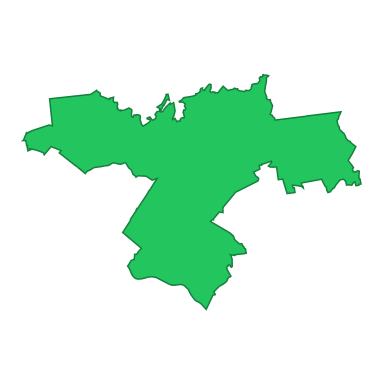 the district of Cenu pag., Ozolnieku, Latvia
{"feature_id": "27541924B81611305918956", "entity_name": "Cenu pag.", "entity_type": "district", "adm_level": 2, "iso_a3": "LVA", "parent_name": "Latvia", "parent_adm1": "Ozolnieku", "projection": "orthographic", "projection_center": [23.864, 56.687], "detail": "fine", "context": "isolated", "style": "filled", "palette": "green", "viewbox_px": 384, "rotation_deg": 0, "n_neighbors": 0, "source": "geoboundaries", "source_scale": "gbopen_adm2", "svg_char_len": 5927}
<svg xmlns="http://www.w3.org/2000/svg" viewBox="0 0 384 384"><path d="M130.5,219.2L130.7,220.1L122.7,232.5L141.4,248.3L137.6,252.6L137.6,253.1L136.5,254.3L134.6,254.3L134.5,257.2L134.1,259.0L134.2,259.4L131.2,260.4L130.1,262.1L129.4,263.5L127.6,266.2L128.8,267.7L129.9,269.8L131.6,274.1L132.8,276.0L134.7,277.9L135.9,278.6L137.6,279.0L138.9,279.1L142.5,278.7L148.1,277.1L151.6,276.7L156.0,277.4L168.6,283.9L171.9,285.2L175.4,285.1L180.8,284.4L183.9,285.3L188.1,289.2L191.1,295.0L194.8,299.9L196.6,301.2L199.4,302.6L201.4,304.1L206.2,309.4L213.0,295.0L214.8,294.9L215.2,294.3L214.5,292.9L213.7,292.0L219.1,286.4L223.1,284.2L223.3,283.8L224.3,283.4L225.4,282.5L226.8,281.1L227.8,278.7L227.6,278.6L228.1,277.8L229.1,277.2L230.1,276.9L230.9,276.3L227.4,269.9L226.6,267.1L228.3,265.7L228.2,265.1L229.5,264.9L230.2,265.3L230.2,266.2L231.3,267.2L232.2,266.6L232.1,259.1L231.1,255.6L230.5,254.8L234.7,255.5L234.8,254.9L235.2,254.9L235.2,254.7L243.9,253.7L246.2,253.3L246.3,253.0L245.4,249.8L245.7,249.3L245.4,248.8L244.1,247.9L243.9,247.4L243.9,246.8L243.8,246.6L242.4,245.5L242.4,244.7L242.1,244.0L241.2,243.6L240.3,243.9L239.4,243.8L235.8,240.7L234.5,239.3L234.1,238.5L234.2,237.9L233.1,235.9L232.1,235.0L232.3,235.0L230.2,233.1L210.3,221.4L212.4,219.7L212.7,219.6L213.5,219.9L213.6,219.0L214.0,218.3L219.3,212.0L223.0,212.6L222.9,207.6L235.5,192.3L257.9,181.0L258.7,178.8L258.0,177.5L256.0,176.3L253.6,172.1L259.9,169.1L259.2,165.4L260.2,165.5L261.8,165.0L261.8,164.1L262.5,164.2L271.4,161.2L271.6,162.4L268.4,166.0L268.8,166.1L269.4,166.7L270.1,167.0L273.7,167.2L275.3,166.9L276.6,167.1L278.3,179.7L282.7,179.1L287.1,193.6L295.0,192.5L294.3,187.8L292.9,187.9L292.5,185.2L297.9,185.7L301.8,186.6L303.3,188.0L302.9,186.2L301.8,185.5L301.4,183.0L321.8,179.2L321.9,179.9L322.6,181.3L323.1,182.7L323.6,183.3L324.9,185.9L326.4,187.5L326.8,190.3L328.0,192.6L330.3,191.8L330.3,191.7L333.2,188.2L334.0,188.2L336.1,184.7L339.9,180.1L343.5,179.1L345.7,181.4L346.5,185.1L349.3,184.9L351.3,185.2L352.3,184.8L352.5,183.9L354.2,182.0L355.0,181.8L355.8,185.6L356.0,185.7L358.8,185.3L359.2,184.3L361.0,184.0L360.0,178.9L359.1,178.8L359.0,175.6L358.9,175.6L359.3,171.2L357.7,170.7L355.3,172.0L353.3,171.7L352.4,169.1L353.5,167.6L352.7,166.3L348.2,160.5L348.5,159.9L352.2,153.8L355.9,146.6L351.3,143.1L349.9,141.2L347.9,140.8L347.5,139.8L346.1,138.5L345.5,136.5L343.9,133.4L342.9,132.6L339.7,129.5L339.5,128.8L339.1,126.5L338.2,125.6L337.4,122.8L337.1,120.6L338.3,118.9L338.7,117.5L338.8,116.0L339.5,115.2L341.0,111.8L307.5,115.9L305.6,116.3L275.0,120.1L274.5,118.0L272.8,116.5L272.2,115.2L270.1,114.5L271.1,111.9L272.6,105.7L270.7,101.9L270.3,99.6L268.8,99.9L266.5,98.9L266.7,96.9L264.7,91.9L265.4,86.3L266.3,82.0L266.5,79.2L266.3,77.5L267.9,76.6L268.6,75.8L266.6,75.1L264.1,75.2L263.3,74.6L262.8,74.9L262.8,76.3L262.5,76.8L261.9,77.2L261.3,76.7L260.6,76.7L259.4,77.9L259.4,78.6L259.7,79.8L259.7,80.8L259.6,81.3L258.6,82.2L258.0,83.1L257.3,83.6L253.8,83.9L252.1,84.5L251.8,84.9L252.0,85.6L251.2,87.5L251.2,88.4L250.9,89.3L248.7,90.7L246.4,90.3L245.5,90.4L245.1,91.2L244.4,91.7L243.6,91.3L241.8,91.2L238.8,90.6L238.3,90.4L238.0,89.3L237.5,88.7L237.0,88.7L235.9,89.3L235.7,89.1L235.1,88.0L235.3,87.8L232.7,89.4L230.2,89.8L228.0,90.6L223.1,86.2L219.6,90.5L218.1,92.7L215.0,93.0L215.0,92.2L212.6,91.8L210.8,92.4L210.5,92.2L209.7,91.1L209.7,90.6L210.5,89.8L211.2,87.4L210.8,85.9L211.1,84.7L209.8,84.1L208.7,84.7L206.7,87.1L204.6,89.7L204.6,90.4L202.9,90.0L202.3,88.6L202.5,88.0L201.2,88.3L200.2,89.6L200.3,91.0L200.5,91.2L199.9,91.5L200.0,91.9L197.1,93.8L196.7,93.6L195.8,93.7L195.7,95.1L192.7,96.2L183.9,97.6L183.9,97.8L183.0,98.3L181.8,99.9L179.2,101.3L179.5,102.1L183.3,102.2L184.5,103.5L185.3,104.0L184.5,106.4L185.9,108.3L184.8,109.9L183.9,109.8L183.0,112.3L183.6,113.0L183.4,113.5L183.7,114.0L183.9,115.2L184.5,117.1L184.2,117.7L182.6,117.7L181.1,118.2L180.3,119.3L180.0,120.4L180.0,121.2L178.1,121.0L177.0,121.8L174.9,118.3L172.9,119.7L172.4,118.6L173.9,116.0L175.1,110.8L173.7,102.8L173.6,102.6L172.3,103.5L170.4,104.2L170.1,103.0L165.8,107.2L164.4,109.0L162.5,111.8L160.6,111.8L160.8,109.3L161.4,109.7L163.3,105.4L163.8,105.7L165.8,101.9L166.3,100.3L167.8,99.5L169.4,100.2L168.0,94.2L166.1,94.5L166.2,95.0L166.0,95.8L164.6,99.0L161.9,103.9L157.1,107.1L159.3,108.4L159.9,111.1L156.9,111.7L155.0,114.6L156.2,116.3L156.1,117.3L155.8,118.3L152.9,120.3L152.2,119.8L149.8,116.9L147.0,118.2L147.2,118.9L150.2,119.8L150.4,120.6L148.7,122.7L143.2,126.1L141.6,124.4L140.5,120.7L139.9,119.4L140.4,117.3L140.1,115.6L139.9,115.3L137.5,114.7L136.7,114.7L136.0,115.3L135.5,114.9L134.0,115.0L133.2,117.2L131.6,116.5L131.5,112.7L131.8,111.8L131.8,110.1L131.3,109.3L128.9,108.0L124.2,110.2L122.9,110.4L121.4,110.2L120.6,110.9L119.7,110.5L119.9,110.1L119.1,110.1L117.7,109.4L117.4,108.7L117.9,108.2L117.2,107.3L117.4,105.4L117.8,104.0L117.4,103.6L117.3,102.5L115.9,102.3L114.7,102.7L113.1,100.9L113.6,97.2L109.5,98.3L109.6,99.4L109.5,99.5L100.1,95.7L100.2,93.2L99.5,92.6L96.7,90.9L96.6,90.4L91.0,94.2L90.4,94.4L49.6,98.8L52.4,125.8L49.0,125.0L31.9,130.7L30.0,131.7L29.1,131.9L28.8,132.6L26.5,132.6L26.6,133.8L26.1,133.8L23.4,140.3L23.0,140.6L25.7,140.6L26.5,144.1L26.6,145.6L27.2,145.5L27.4,148.4L27.9,150.9L30.7,149.7L29.9,148.8L34.3,149.6L40.2,151.4L43.4,152.9L43.7,153.2L44.2,154.8L51.1,146.6L61.1,150.6L59.3,152.8L59.4,153.0L75.6,165.8L75.8,165.7L77.9,167.4L78.1,167.7L79.6,168.7L80.8,169.8L80.7,169.8L85.3,173.6L86.5,171.9L87.3,171.2L90.5,169.8L92.7,168.3L94.2,167.6L95.8,167.3L101.4,166.6L104.3,165.9L107.8,165.6L109.6,164.9L112.0,163.3L113.5,162.9L115.5,163.1L117.9,163.9L120.4,164.3L121.8,164.0L124.7,162.7L125.8,163.1L128.7,167.8L131.2,169.9L131.6,170.5L132.0,171.5L132.8,174.1L135.2,176.0L135.8,176.7L136.0,177.2L138.0,175.8L146.2,176.2L152.2,180.2L157.1,178.5L153.7,183.7L152.7,185.4L149.5,190.4L148.9,190.8L147.4,193.7L137.6,208.5L137.1,208.8L136.9,208.6L136.2,209.6L136.6,210.0L130.5,219.2Z" fill="#22c55e" stroke="#15803d" stroke-width="1.5"/></svg>